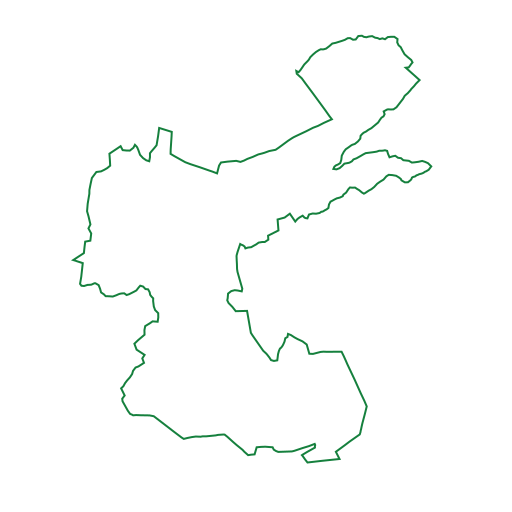 Kipkelion East, Rift Valley, Kenya (Albers equal-area conic projection), rotated 175°
{"feature_id": "3690345B91045012580235", "entity_name": "Kipkelion East", "entity_type": "district", "adm_level": 2, "iso_a3": "KEN", "parent_name": "Kenya", "parent_adm1": "Rift Valley", "projection": "albers", "projection_center": [35.478, -0.176], "detail": "fine", "context": "isolated", "style": "outline", "palette": "green", "viewbox_px": 512, "rotation_deg": 175, "n_neighbors": 0, "source": "geoboundaries", "source_scale": "gbopen_adm2", "svg_char_len": 6054}
<svg xmlns="http://www.w3.org/2000/svg" viewBox="0 0 512 512"><g transform="rotate(175 256 256)"><path d="M84.3,437.8L87.3,440.7L90.4,444.0L91.7,446.8L92.5,448.6L93.6,451.4L95.6,453.5L96.7,456.5L96.1,459.8L99.1,462.3L102.6,462.6L105.6,462.6L108.6,460.7L111.1,461.8L113.8,461.3L115.9,462.5L118.3,463.1L121.1,464.9L124.2,464.8L125.5,464.6L126.9,464.3L129.4,464.9L131.3,466.2L134.9,466.2L137.8,463.0L140.5,463.0L143.1,464.8L145.6,465.0L148.6,463.6L151.7,462.8L156.3,461.8L158.1,461.4L161.5,461.0L164.6,458.7L168.1,456.5L170.6,456.0L171.5,456.0L173.5,456.3L175.4,455.6L178.5,454.0L181.6,451.8L184.6,449.3L186.0,447.3L186.8,446.4L187.9,445.4L191.1,442.7L191.8,441.9L193.4,439.9L195.4,437.5L196.9,436.0L197.6,435.4L199.7,436.8L199.5,434.0L194.9,429.0L191.9,424.0L185.1,413.0L174.3,395.2L170.7,389.0L168.5,385.6L176.8,382.7L182.9,380.2L187.9,378.8L195.1,375.9L205.4,372.1L208.0,371.1L209.9,370.2L214.0,368.0L223.8,362.0L227.2,360.1L233.7,359.4L238.6,358.1L241.1,357.6L244.8,357.0L246.0,356.6L250.6,355.0L256.1,353.5L259.6,352.1L263.3,351.1L267.4,352.5L276.1,352.5L282.7,352.2L284.9,349.3L287.6,341.7L292.1,343.9L294.9,345.1L304.2,349.3L313.3,353.2L318.3,355.6L328.9,362.8L332.2,365.2L331.7,369.6L329.7,382.5L329.1,387.0L341.3,392.0L343.1,383.9L345.4,375.0L347.6,372.7L351.1,369.3L352.7,367.6L353.0,363.7L354.1,359.7L357.0,360.9L360.0,363.4L362.7,366.9L364.0,371.9L364.8,374.3L365.3,375.3L366.9,377.3L368.7,374.5L372.5,372.0L376.0,372.4L379.6,373.1L381.3,377.2L384.7,375.3L393.1,370.7L393.2,364.5L393.4,358.7L396.6,356.5L399.6,355.1L403.0,353.8L407.7,353.6L412.7,348.0L414.5,342.2L416.2,336.3L416.6,332.5L419.1,322.8L420.4,315.3L419.4,310.2L418.2,301.9L420.5,298.1L418.2,292.8L419.7,285.7L424.9,285.2L426.1,279.6L427.2,273.9L433.0,270.8L438.4,267.9L429.2,264.0L431.9,250.5L433.7,243.6L432.5,241.6L429.9,241.1L426.3,241.9L424.4,241.8L422.5,241.8L419.4,242.9L418.3,242.8L415.3,240.7L414.2,237.0L413.5,233.2L410.9,231.1L409.3,229.1L405.9,228.7L402.2,228.1L398.5,229.1L396.2,229.9L395.0,230.2L393.2,230.4L390.5,230.3L388.3,228.4L385.7,229.0L380.7,231.0L378.2,232.1L375.6,234.9L373.9,236.5L371.1,235.4L369.0,232.7L366.4,232.2L365.1,229.2L364.8,226.5L363.6,224.6L362.1,222.8L362.4,220.1L362.2,214.6L361.2,210.9L358.4,207.6L358.7,203.3L359.7,199.1L364.7,199.9L367.3,198.4L372.5,195.8L373.6,191.9L373.9,187.3L380.7,182.5L384.8,179.2L383.1,173.1L375.6,167.2L378.2,163.9L376.9,159.3L382.8,156.2L385.7,155.4L388.5,152.3L389.7,149.2L392.2,146.1L395.3,143.2L397.5,140.8L399.5,137.8L401.9,135.9L399.0,128.5L401.7,125.5L401.6,122.9L397.2,113.1L395.2,109.7L393.1,108.6L392.3,108.0L390.6,108.0L389.3,108.0L384.7,107.4L376.0,106.5L371.8,105.3L353.3,88.3L346.0,81.7L343.9,80.1L340.1,80.7L335.7,81.2L331.7,81.4L327.0,80.8L324.9,81.0L321.6,80.7L311.8,80.8L309.4,81.1L304.1,81.0L302.8,80.8L300.3,78.4L294.9,72.6L291.7,69.3L286.3,64.1L284.7,62.0L281.2,58.3L278.2,58.5L274.7,58.5L272.0,65.4L267.6,65.4L263.4,65.2L256.1,64.0L255.2,61.6L253.1,60.0L250.9,58.9L237.5,58.2L236.4,58.3L234.7,58.6L226.4,60.6L219.8,62.0L213.9,63.7L213.5,62.5L213.9,61.4L214.0,60.0L222.0,56.4L226.9,54.0L227.6,53.6L227.0,52.8L224.8,49.0L222.7,45.8L208.2,46.2L190.5,46.5L193.5,54.0L183.8,59.9L178.9,63.0L168.2,69.2L167.3,71.4L166.9,73.0L166.5,74.0L165.6,77.0L164.6,80.1L163.3,83.7L162.1,87.0L161.0,90.1L158.8,96.5L160.8,102.6L163.6,110.1L168.4,123.9L173.1,136.6L174.5,140.4L175.6,143.7L177.2,148.3L179.1,153.2L194.0,154.4L197.0,154.8L200.0,154.8L207.8,153.5L211.4,154.0L213.2,163.4L217.1,166.9L221.8,169.6L224.8,171.6L228.1,174.2L230.9,175.6L231.7,172.6L234.0,171.5L235.0,168.4L235.4,167.6L236.8,165.1L237.9,163.6L239.2,162.3L240.2,161.7L241.5,159.3L242.6,156.3L243.2,153.4L243.9,150.2L247.3,149.9L250.1,151.0L251.5,153.7L253.5,156.8L254.3,157.9L257.1,161.0L266.4,177.2L267.8,179.9L269.7,202.1L281.0,202.8L284.0,207.4L287.4,211.5L288.5,214.4L288.2,215.4L287.9,216.3L287.1,221.0L285.7,221.9L283.7,223.2L280.2,223.8L277.2,223.2L273.3,222.0L272.5,224.6L275.8,241.7L276.0,244.7L275.7,249.8L275.6,253.4L275.4,257.5L275.2,258.5L274.0,261.7L270.7,269.3L269.9,268.7L268.1,267.8L266.5,266.4L265.9,264.5L263.3,265.1L260.0,265.2L257.2,266.5L254.9,267.5L252.2,269.1L248.7,269.4L247.3,269.3L246.0,269.2L242.3,271.2L242.2,275.2L231.4,279.5L231.3,290.5L224.1,291.8L218.6,295.2L213.9,286.9L211.4,289.3L209.3,290.6L206.0,292.1L204.4,290.1L203.5,289.5L201.5,289.0L199.6,292.7L195.9,293.4L192.5,292.9L188.9,293.3L187.1,294.4L185.9,294.4L184.8,294.8L183.8,295.4L181.6,296.3L179.7,297.5L178.8,301.0L177.0,303.7L176.1,304.0L173.0,305.4L170.5,306.4L167.3,306.9L164.4,308.0L163.6,309.5L160.7,311.3L158.1,314.6L156.4,316.1L154.4,315.7L151.3,315.5L149.6,314.1L147.5,312.6L144.9,310.0L143.1,308.7L142.0,309.1L138.0,311.3L135.2,312.5L132.3,314.4L129.0,317.4L126.1,319.1L122.3,321.0L119.2,324.0L116.7,325.3L113.1,324.7L109.4,323.7L106.8,321.8L105.0,320.1L104.5,318.7L101.3,316.4L98.2,316.2L95.4,318.1L94.8,318.7L94.3,319.4L93.8,320.5L92.7,321.0L91.8,321.2L91.0,321.3L90.2,321.6L89.1,322.4L87.9,322.6L86.8,323.1L85.6,323.4L84.1,323.6L82.7,324.0L81.7,324.4L80.6,325.1L79.7,325.4L78.9,325.6L77.8,326.2L76.5,326.8L73.6,330.0L76.6,333.5L79.5,335.1L82.2,336.2L85.9,335.7L89.8,335.5L92.6,335.5L95.4,337.5L100.9,338.6L103.0,340.8L106.0,341.5L108.5,343.7L111.2,343.4L114.4,342.7L115.6,346.3L116.2,349.3L118.3,350.1L120.2,349.9L121.1,349.9L123.8,350.1L124.6,350.0L126.5,349.5L127.4,349.4L130.5,349.2L137.8,348.9L140.4,347.8L143.1,346.5L147.3,344.6L150.5,343.7L152.2,342.0L154.6,340.9L155.5,340.7L159.9,340.3L162.2,338.3L165.1,336.2L168.3,335.3L171.3,336.0L170.1,338.2L168.3,339.4L166.6,339.9L164.0,341.2L162.7,344.2L161.8,348.5L159.4,352.2L157.3,354.5L154.3,356.2L151.5,357.9L150.4,358.4L147.8,359.0L144.5,361.2L141.9,363.8L141.3,366.7L139.8,368.1L138.1,369.4L135.5,370.4L133.2,371.8L129.9,373.3L122.7,378.3L120.5,381.1L118.9,382.9L116.8,384.0L115.5,386.1L116.2,388.9L112.6,390.5L111.6,390.6L108.9,390.2L106.3,390.1L103.1,391.9L95.8,399.8L93.9,402.6L91.6,404.3L90.8,404.8L87.5,407.9L86.9,408.7L83.7,411.5L81.6,413.7L77.7,417.0L90.4,430.5L87.4,430.6L85.5,432.7L85.0,433.4L83.2,435.2L84.3,437.8Z" fill="none" stroke="#15803d" stroke-width="2"/></g></svg>